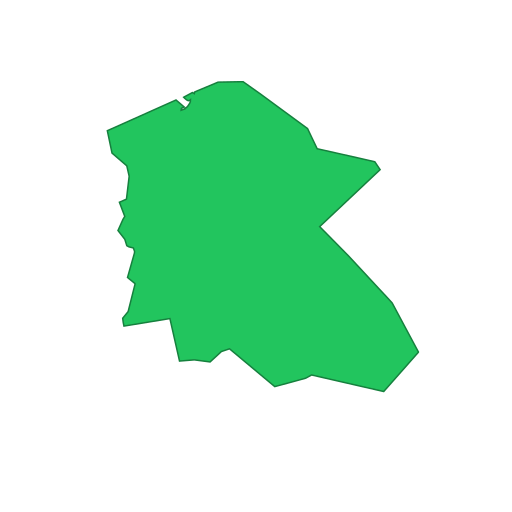 the district of Granados, Sonora, Mexico, rotated 334°
{"feature_id": "50627088B73920432154329", "entity_name": "Granados", "entity_type": "district", "adm_level": 2, "iso_a3": "MEX", "parent_name": "Mexico", "parent_adm1": "Sonora", "projection": "albers", "projection_center": [-109.323, 29.751], "detail": "fine", "context": "isolated", "style": "filled", "palette": "green", "viewbox_px": 512, "rotation_deg": 334, "n_neighbors": 0, "source": "geoboundaries", "source_scale": "gbopen_adm2", "svg_char_len": 1310}
<svg xmlns="http://www.w3.org/2000/svg" viewBox="0 0 512 512"><g transform="rotate(334 256 256)"><path d="M177.2,127.7L176.9,128.8L164.5,148.1L156.8,147.8L155.4,162.9L152.7,164.6L143.1,172.6L145.4,183.5L144.4,190.1L145.8,192.1L149.3,195.0L148.9,198.6L148.0,200.1L131.1,219.0L135.1,227.7L134.9,228.3L116.7,249.9L108.9,253.5L107.5,257.6L106.6,261.1L151.2,274.5L141.2,316.9L155.0,322.3L168.3,331.1L183.0,326.7L191.5,327.8L215.6,381.6L231.6,384.7L234.8,385.3L247.1,387.6L253.8,387.3L311.4,433.8L359.5,413.8L359.9,413.5L358.9,387.1L357.8,357.9L355.5,350.1L351.9,338.4L339.3,296.8L326.1,257.5L405.4,232.8L404.1,223.4L392.5,214.0L358.0,186.4L358.1,172.5L358.2,164.1L331.0,112.3L320.8,93.7L316.4,91.6L298.1,83.1L275.5,81.8L272.6,81.7L271.7,83.0L270.5,81.2L262.4,81.5L260.6,81.6L261.1,83.1L261.6,84.2L262.1,85.3L262.3,85.6L262.5,85.9L262.7,86.2L263.0,86.5L263.4,86.8L263.6,86.9L264.0,87.0L264.7,87.0L265.6,86.8L265.0,87.9L264.7,88.4L264.1,89.1L263.2,89.7L262.3,90.3L261.8,90.6L261.6,90.7L261.2,90.9L260.7,91.2L260.4,91.4L259.8,91.6L259.3,91.8L258.3,92.1L256.6,92.3L256.6,92.6L256.4,92.6L256.1,92.6L255.8,92.6L255.5,92.5L255.2,92.5L254.8,92.4L254.2,92.4L253.8,92.3L252.6,92.2L253.7,90.6L256.8,90.6L252.5,80.7L177.3,78.2L171.7,100.4L179.4,118.3L177.2,127.7Z" fill="#22c55e" stroke="#15803d" stroke-width="1.5"/></g></svg>